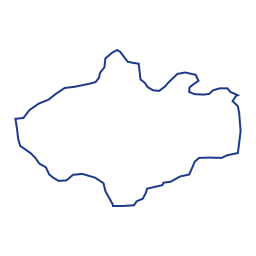 the district of Halmstad, Halland, Sweden
{"feature_id": "70781695B21714207094800", "entity_name": "Halmstad", "entity_type": "district", "adm_level": 2, "iso_a3": "SWE", "parent_name": "Sweden", "parent_adm1": "Halland", "projection": "natural_earth1", "projection_center": [13.027, 56.773], "detail": "fine", "context": "isolated", "style": "outline", "palette": "blue", "viewbox_px": 256, "rotation_deg": 0, "n_neighbors": 0, "source": "geoboundaries", "source_scale": "gbopen_adm2", "svg_char_len": 1104}
<svg xmlns="http://www.w3.org/2000/svg" viewBox="0 0 256 256"><path d="M117.1,50.0L112.4,52.5L105.4,58.4L104.4,67.3L100.2,72.5L98.8,78.1L95.5,82.1L89.5,83.7L75.0,86.7L64.7,88.0L55.8,93.9L48.3,99.8L38.9,103.5L29.5,110.0L23.4,118.0L15.4,118.8L16.9,128.2L18.2,138.9L20.2,145.9L30.8,153.3L35.4,158.0L39.3,163.6L45.9,167.3L49.2,174.4L52.5,177.2L58.5,180.9L66.4,180.4L73.0,174.8L82.3,173.9L94.9,177.6L103.5,183.2L105.4,191.2L112.7,204.3L112.9,206.0L122.6,206.0L133.9,205.3L136.7,201.3L142.8,198.7L146.1,192.4L147.0,188.7L155.5,186.7L162.5,185.1L163.4,182.7L170.4,181.8L180.3,176.4L189.2,174.5L191.1,170.2L194.8,161.6L199.0,157.9L208.8,157.6L221.5,157.9L227.1,155.3L237.9,153.0L240.6,131.1L239.2,113.3L237.8,106.1L232.6,101.2L235.9,95.9L237.7,95.2L230.3,91.9L227.5,88.3L220.0,88.3L213.0,90.3L209.2,93.9L203.6,94.6L194.7,94.2L189.1,91.9L189.6,87.3L193.8,84.0L198.5,80.8L195.6,74.8L185.3,72.5L177.4,73.9L172.3,78.8L168.5,82.4L165.2,86.3L159.2,90.9L153.1,90.3L147.5,87.0L145.1,83.1L140.5,79.4L138.7,63.7L132.1,62.7L127.7,61.7L122.6,55.0L120.4,52.0L117.1,50.0Z" fill="none" stroke="#1e3a8a" stroke-width="2"/></svg>